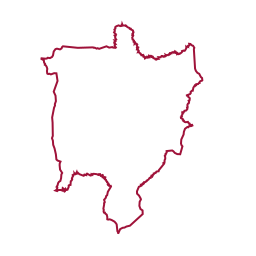 outline of Chipili, Luapula, Zambia, rotated 353°
{"feature_id": "96606910B25287686140667", "entity_name": "Chipili", "entity_type": "district", "adm_level": 2, "iso_a3": "ZMB", "parent_name": "Zambia", "parent_adm1": "Luapula", "projection": "orthographic", "projection_center": [29.255, -10.48], "detail": "fine", "context": "isolated", "style": "outline", "palette": "rose", "viewbox_px": 256, "rotation_deg": 353, "n_neighbors": 0, "source": "geoboundaries", "source_scale": "gbopen_adm2", "svg_char_len": 5767}
<svg xmlns="http://www.w3.org/2000/svg" viewBox="0 0 256 256"><g transform="rotate(353 128 128)"><path d="M207.3,90.0L207.6,89.7L207.6,87.4L206.5,86.2L205.3,82.9L203.6,81.7L202.3,79.5L201.8,77.2L203.0,57.6L203.6,56.5L202.6,54.3L201.4,53.7L200.2,52.2L199.0,51.9L199.1,53.2L198.3,53.9L197.5,53.8L197.0,54.3L197.1,54.6L196.7,54.4L196.0,55.2L195.7,54.8L195.6,55.9L194.0,58.1L193.1,58.3L192.5,57.9L191.0,58.2L191.1,58.8L190.6,59.4L189.0,60.4L188.2,60.3L188.1,60.7L187.1,60.9L186.4,60.7L186.2,60.0L185.6,60.5L185.4,59.7L185.9,58.9L185.5,59.2L185.1,58.8L185.2,59.4L184.8,59.5L184.1,59.2L184.2,58.4L182.9,58.7L182.9,58.2L182.3,58.6L181.5,58.2L179.9,58.7L180.0,59.0L179.3,58.9L179.5,59.4L178.9,59.7L178.5,59.3L178.0,60.2L177.3,59.9L176.6,60.6L175.6,60.3L175.0,60.6L174.5,60.2L174.6,60.6L173.7,60.8L173.8,61.4L173.1,61.6L172.5,61.6L172.7,61.2L171.5,61.4L171.2,60.8L170.1,60.6L169.0,61.8L167.4,61.5L167.7,61.9L165.8,62.6L166.1,63.0L165.0,62.8L164.9,63.4L164.4,63.6L163.6,63.3L163.0,62.2L161.7,61.8L161.5,60.8L160.3,60.5L160.8,59.9L159.5,59.1L158.6,59.5L157.8,58.9L157.7,59.6L157.2,59.3L157.0,59.6L157.2,60.2L155.8,59.7L155.8,60.5L153.7,59.7L153.8,60.8L153.3,61.0L153.2,59.8L152.0,59.1L152.3,58.1L151.3,57.8L151.5,57.3L150.1,57.3L150.0,56.7L149.5,56.3L149.6,55.7L148.0,54.3L148.0,53.8L147.2,53.9L148.0,52.5L147.4,51.8L147.4,51.3L146.4,51.1L146.8,49.9L147.3,49.7L147.1,49.5L147.7,49.1L146.9,48.6L147.2,48.2L146.6,46.3L147.2,46.0L146.7,45.3L145.4,45.1L145.4,44.6L144.8,45.1L145.0,43.8L144.3,43.3L144.6,42.9L144.6,42.6L144.1,42.7L144.0,40.9L143.3,40.6L143.2,38.7L144.5,36.9L144.4,36.4L143.7,36.2L144.2,35.4L143.9,35.1L144.7,34.4L144.7,33.5L145.1,33.4L144.8,31.8L143.1,30.6L143.0,30.1L142.6,30.2L142.1,29.4L141.7,29.5L141.5,28.8L139.7,27.8L138.7,26.3L138.2,26.4L137.9,25.8L136.6,25.9L135.2,25.4L134.9,24.3L134.7,25.0L134.3,24.9L134.2,25.9L132.7,25.9L131.2,25.0L128.8,25.6L127.6,26.4L127.6,27.8L126.5,28.6L126.8,30.1L125.8,31.4L127.4,33.5L127.0,33.8L127.1,34.4L126.0,34.6L126.6,35.9L126.2,37.0L127.1,38.8L126.0,39.5L125.5,39.4L126.1,40.4L124.8,41.2L125.4,42.4L125.0,42.2L124.8,42.6L125.7,43.4L124.4,45.1L124.8,44.9L124.8,45.4L125.8,46.5L125.4,46.9L123.0,46.4L122.3,45.8L119.1,45.9L116.6,44.3L109.0,45.9L107.6,45.1L106.6,45.4L104.7,44.2L104.0,44.3L103.1,43.7L87.9,42.3L73.4,39.0L72.3,39.8L71.8,40.9L70.1,41.7L67.1,40.6L65.6,40.9L63.6,43.0L62.4,46.8L61.3,48.2L59.1,49.1L56.8,48.5L56.0,49.1L54.9,49.2L50.7,48.3L50.5,48.9L52.7,50.5L52.7,52.9L53.5,54.2L53.1,55.1L54.1,55.9L54.8,57.6L55.1,59.5L54.5,61.5L54.5,64.1L55.3,64.7L56.7,64.6L58.0,65.4L61.4,64.6L63.6,65.0L63.8,72.7L58.7,82.9L60.0,87.1L59.7,92.6L58.3,95.4L58.3,96.8L57.1,98.8L54.0,108.3L53.8,113.5L52.4,126.7L51.3,128.8L51.9,131.4L51.7,135.6L52.6,139.3L53.2,145.3L53.1,150.5L54.1,151.7L56.9,153.1L55.9,154.9L55.6,156.6L55.5,161.0L57.2,164.6L56.2,166.0L55.5,169.6L54.4,172.3L52.9,173.0L51.9,174.2L51.1,176.3L50.0,177.7L50.5,178.0L50.6,178.8L49.5,180.7L48.4,181.2L50.0,182.0L51.2,181.1L53.7,181.3L55.2,182.1L55.9,179.7L57.4,181.0L57.5,182.0L56.9,182.7L57.2,183.3L57.7,183.1L58.7,180.9L59.4,182.0L60.4,181.9L62.0,179.2L62.1,177.9L62.7,177.5L64.0,177.5L64.7,173.9L65.7,173.2L66.4,172.0L66.1,171.6L66.5,170.5L67.8,168.8L67.4,168.0L68.6,167.4L69.4,167.5L69.4,166.7L69.8,167.4L71.3,167.2L70.9,166.6L71.6,166.5L71.4,166.3L71.8,165.6L71.9,166.2L72.6,166.1L74.1,167.9L78.1,170.0L78.9,169.7L78.7,169.2L79.0,168.9L80.9,169.7L81.1,168.8L81.8,168.3L84.9,170.6L85.4,170.6L86.0,169.3L87.1,170.2L87.6,169.3L88.4,169.3L91.6,170.1L92.8,171.0L93.3,171.0L93.5,170.3L94.7,170.4L95.1,172.2L96.3,172.2L96.1,171.9L96.9,171.5L97.3,171.8L97.2,172.7L96.9,172.4L96.5,173.1L96.7,173.8L97.3,173.8L98.1,175.0L99.0,173.9L99.5,174.2L98.9,175.5L99.0,176.3L99.8,176.7L99.9,177.9L100.8,178.7L100.6,179.4L101.9,180.8L101.9,181.5L101.1,181.8L101.2,182.1L102.0,182.9L102.5,182.4L103.4,183.8L103.9,183.6L104.0,184.0L100.2,188.9L99.1,192.2L98.0,192.9L97.5,194.5L95.5,196.4L95.9,198.4L95.8,199.1L95.1,199.6L95.0,201.0L93.7,205.2L94.0,206.2L93.6,207.8L93.8,209.0L94.8,209.2L94.9,210.0L96.3,211.4L96.6,213.7L96.3,216.1L97.1,216.5L98.7,216.4L100.5,217.3L103.2,219.3L104.5,221.2L105.0,222.3L104.9,229.2L105.4,230.3L105.3,231.7L107.9,227.4L110.5,226.4L112.5,226.4L114.4,225.6L118.0,225.2L132.1,215.2L132.4,211.6L130.5,209.9L129.8,206.7L130.6,202.6L132.1,200.5L132.0,199.6L130.7,196.4L129.0,194.3L129.2,191.9L131.6,187.7L133.7,187.1L133.8,186.0L134.8,186.4L135.3,185.3L136.1,185.5L136.4,184.6L137.1,184.8L137.4,183.7L138.5,183.8L140.1,183.0L140.1,182.5L142.0,181.7L143.4,180.1L144.4,180.3L145.3,178.5L146.1,179.2L146.8,178.2L146.7,177.6L147.8,177.1L148.0,176.3L148.6,176.4L149.6,175.7L150.0,175.9L151.0,174.7L153.1,174.7L153.5,173.6L159.4,167.9L159.1,167.6L159.5,167.1L159.2,166.9L160.1,166.4L160.4,164.4L161.2,163.2L161.4,161.2L161.1,160.1L162.2,159.0L162.0,158.4L163.4,157.1L163.5,155.6L169.1,155.7L170.2,156.6L171.4,158.4L173.7,159.9L176.6,160.4L179.8,152.8L179.1,151.8L178.7,149.9L179.5,145.9L182.4,141.2L183.0,138.6L184.5,135.7L187.1,134.2L187.8,134.6L189.0,133.7L191.0,133.8L192.2,133.4L192.0,132.7L190.8,132.8L190.5,132.4L190.0,132.5L189.9,132.1L189.4,132.3L189.5,130.9L188.6,130.3L188.2,129.2L186.0,129.3L184.8,128.8L184.6,128.0L183.9,127.8L184.0,127.1L183.4,126.7L183.6,126.0L181.8,124.6L181.8,123.7L182.9,123.2L182.7,122.2L183.7,121.2L183.7,119.7L184.4,119.7L184.3,119.2L184.7,119.4L184.8,119.0L185.8,118.7L186.1,117.8L187.9,117.7L189.2,116.4L189.1,115.2L189.5,115.3L189.8,114.4L189.7,112.4L190.5,111.1L191.3,110.9L191.9,109.4L191.5,108.3L192.5,107.9L192.9,106.3L192.8,105.6L191.6,104.5L191.5,103.3L190.4,103.0L190.4,102.7L193.7,101.9L194.6,100.9L194.5,99.9L195.9,98.8L196.8,98.9L197.8,95.9L199.5,93.9L199.8,94.3L200.3,93.7L200.9,93.8L201.1,92.8L202.9,92.9L204.0,91.9L204.5,92.0L204.6,91.2L205.5,90.3L207.3,90.0Z" fill="none" stroke="#9f1239" stroke-width="2"/></g></svg>